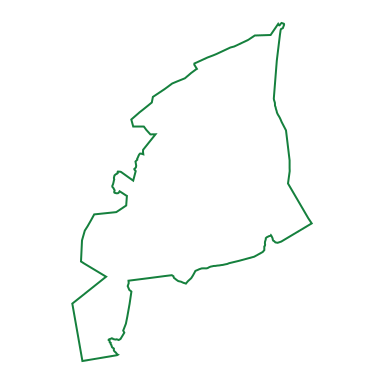 Cualác, Guerrero, Mexico
{"feature_id": "50627088B91833762276728", "entity_name": "Cualác", "entity_type": "district", "adm_level": 2, "iso_a3": "MEX", "parent_name": "Mexico", "parent_adm1": "Guerrero", "projection": "mercator", "projection_center": [-98.69, 17.735], "detail": "fine", "context": "isolated", "style": "outline", "palette": "green", "viewbox_px": 384, "rotation_deg": 0, "n_neighbors": 0, "source": "geoboundaries", "source_scale": "gbopen_adm2", "svg_char_len": 3524}
<svg xmlns="http://www.w3.org/2000/svg" viewBox="0 0 384 384"><path d="M311.7,223.4L308.2,218.1L288.0,183.5L289.7,171.1L289.6,168.2L289.6,160.4L286.0,130.4L281.6,121.9L280.6,119.5L280.0,118.2L279.1,116.5L277.9,114.6L277.1,112.9L276.9,112.4L276.7,111.3L276.4,110.3L275.9,108.8L275.6,107.2L275.0,105.7L274.9,102.8L274.0,99.9L273.8,98.6L276.8,60.6L280.0,34.2L280.2,33.0L280.6,30.1L281.1,29.0L282.8,28.2L284.1,24.8L283.9,23.8L281.5,23.0L279.7,24.8L279.7,25.2L279.5,25.3L279.1,25.3L278.5,24.9L278.1,24.0L270.6,35.0L254.8,35.5L248.0,40.0L234.2,46.5L230.4,47.5L216.5,54.0L213.1,55.4L207.5,57.5L194.4,63.5L194.3,64.7L196.9,68.9L196.0,69.4L191.0,73.1L184.9,78.3L177.2,81.4L172.2,83.5L164.9,88.9L152.9,96.9L151.8,102.5L148.0,105.6L142.9,109.7L139.2,112.6L138.8,113.0L131.3,119.5L133.2,126.5L143.2,126.5L143.9,126.6L146.4,130.0L150.4,134.4L155.5,134.3L148.7,142.8L143.1,149.8L143.0,152.0L143.3,154.3L141.1,153.6L140.0,153.6L139.2,154.5L138.6,155.6L138.1,156.9L137.1,159.0L137.3,159.7L135.5,161.5L136.2,165.8L135.9,167.4L135.1,168.3L134.3,169.0L134.4,169.5L135.7,171.1L133.2,180.6L129.9,178.3L121.1,172.0L120.1,171.7L119.6,171.7L119.1,171.7L118.7,171.7L118.0,171.5L117.9,171.6L117.6,172.0L117.5,172.3L117.6,172.5L117.7,172.8L117.8,172.9L117.8,173.0L117.7,173.1L117.4,173.4L117.1,173.6L116.7,173.9L116.5,174.0L116.1,174.1L115.8,174.3L115.4,174.6L115.1,174.9L115.0,175.0L114.7,175.2L114.5,175.5L114.4,175.8L114.3,176.1L114.2,176.6L114.2,176.8L114.1,177.1L114.0,177.3L113.9,178.0L114.0,178.6L114.2,179.2L114.2,179.6L114.0,180.0L113.6,181.9L113.3,183.2L113.0,184.3L112.3,185.9L112.3,186.4L112.4,186.9L113.0,187.6L113.3,188.0L113.6,188.3L113.8,188.7L113.9,189.1L114.1,189.5L114.3,189.9L114.6,190.2L114.6,190.7L114.4,191.3L114.2,191.7L114.3,192.5L114.9,192.9L116.6,193.3L117.9,193.2L118.7,192.7L119.6,191.3L122.0,192.8L125.8,195.3L126.9,195.9L126.2,205.5L116.3,212.1L114.5,212.3L94.2,214.4L93.5,215.7L91.0,220.3L87.5,226.4L84.8,230.6L82.0,240.4L81.0,261.5L83.3,262.9L83.3,263.0L106.1,276.7L72.3,303.6L78.3,337.6L82.4,361.0L117.0,355.2L117.9,354.7L117.4,354.4L116.7,353.7L115.7,352.4L114.8,351.7L113.9,350.6L113.8,349.6L113.9,348.9L113.9,348.6L113.7,348.4L112.1,347.3L111.6,345.9L111.5,345.5L111.5,345.2L111.2,344.9L111.0,344.6L110.7,344.1L110.7,343.4L110.7,342.8L110.3,342.6L110.0,342.6L109.7,342.3L109.7,342.1L109.7,341.4L109.6,340.8L109.4,340.6L109.1,340.3L108.7,340.2L108.7,339.6L109.2,339.3L110.0,339.0L111.0,338.7L111.6,338.3L112.6,338.5L113.2,339.1L115.3,339.5L115.8,339.5L116.7,339.3L118.7,340.0L120.5,339.0L124.3,332.7L123.2,330.6L125.9,323.7L127.3,316.7L129.6,303.8L131.4,291.6L131.1,291.3L129.3,289.9L127.7,286.1L128.7,283.2L128.5,280.7L147.5,278.3L149.8,278.0L162.9,276.3L164.4,276.1L171.8,275.2L173.4,276.2L173.9,277.8L175.2,278.8L176.4,279.8L178.3,281.1L181.0,281.7L183.6,282.9L184.5,283.1L185.9,283.6L187.9,281.2L191.2,278.2L192.8,275.7L194.2,273.2L195.4,270.9L198.7,269.5L199.0,269.3L201.7,268.4L204.3,268.3L204.6,268.3L206.1,268.4L207.6,268.1L209.2,267.2L210.7,266.6L212.8,266.2L213.1,266.1L213.4,266.0L215.5,265.9L217.2,265.6L219.5,265.4L221.1,265.1L222.9,264.9L224.1,264.6L226.0,264.2L227.1,264.0L227.9,263.7L229.1,263.2L239.1,260.8L254.2,256.7L262.7,252.0L264.3,250.1L264.3,248.9L264.3,246.4L264.9,245.8L265.1,244.7L264.9,243.2L265.0,241.8L265.5,240.2L265.8,239.2L265.8,238.2L266.7,237.3L268.9,236.2L270.5,235.8L270.9,235.2L271.4,235.9L271.8,236.7L272.1,237.3L272.6,238.4L272.8,239.8L273.4,240.8L274.0,241.0L274.9,241.9L275.4,242.4L277.6,242.8L281.2,241.6L311.7,223.4Z" fill="none" stroke="#15803d" stroke-width="2"/></svg>